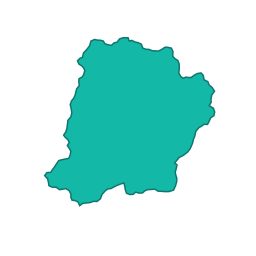 Brás Pires, Minas Gerais, Brazil (Robinson projection), rotated 24°
{"feature_id": "56859067B189546975189", "entity_name": "Brás Pires", "entity_type": "district", "adm_level": 2, "iso_a3": "BRA", "parent_name": "Brazil", "parent_adm1": "Minas Gerais", "projection": "robinson", "projection_center": [-43.23, -20.882], "detail": "fine", "context": "isolated", "style": "filled", "palette": "teal", "viewbox_px": 256, "rotation_deg": 24, "n_neighbors": 0, "source": "geoboundaries", "source_scale": "gbopen_adm2", "svg_char_len": 2101}
<svg xmlns="http://www.w3.org/2000/svg" viewBox="0 0 256 256"><g transform="rotate(24 128 128)"><path d="M115.5,218.6L117.3,215.2L120.3,213.5L123.9,211.4L126.2,209.1L129.6,207.7L131.6,203.9L131.3,199.2L132.8,194.6L134.4,191.8L137.0,190.3L139.0,187.7L141.3,184.9L144.2,182.0L146.6,179.9L149.1,183.0L150.7,185.6L153.2,188.2L156.9,188.0L159.8,186.4L161.0,183.5L164.5,183.0L167.7,181.4L169.0,178.4L171.1,176.3L174.2,174.7L177.4,172.9L181.0,173.5L183.9,172.4L188.4,170.8L191.6,169.2L194.9,166.2L194.9,161.2L194.2,156.9L192.9,153.9L191.1,151.9L189.2,149.4L188.6,145.7L187.8,141.7L184.8,140.9L185.8,137.6L186.7,134.2L189.7,130.4L192.2,125.8L193.2,121.7L193.2,118.6L193.1,115.4L192.4,112.1L192.3,108.2L191.3,103.4L192.6,98.9L194.5,96.3L195.9,93.7L199.2,92.4L199.4,88.7L199.4,84.9L201.5,81.8L200.7,78.1L198.0,75.2L193.1,74.6L193.5,70.8L192.0,67.7L191.1,63.8L192.1,59.2L188.4,56.8L184.6,55.7L182.1,53.2L177.9,53.0L175.3,49.3L172.3,48.0L169.0,50.2L166.8,53.2L165.3,56.0L162.8,57.3L160.1,58.0L158.2,60.1L155.4,59.5L152.1,57.3L150.7,52.9L148.7,48.7L146.0,46.0L142.8,45.6L139.7,44.3L138.0,39.9L135.1,37.4L131.5,38.1L129.0,39.1L126.8,42.6L124.6,45.3L122.2,46.2L119.0,47.5L115.0,47.7L112.4,48.8L109.1,49.0L106.0,46.0L102.5,45.9L99.4,46.6L96.0,46.4L93.6,48.0L91.4,45.5L87.0,47.4L84.0,50.1L83.2,54.0L80.7,55.8L79.3,59.2L75.8,60.1L72.6,60.4L70.0,58.6L67.2,59.0L64.5,60.1L61.5,60.7L58.8,63.7L59.5,68.5L58.3,73.4L56.8,77.6L57.7,82.0L55.6,84.1L54.5,87.2L57.2,89.6L60.5,90.0L63.0,91.1L65.2,93.1L65.7,96.9L65.5,99.9L63.2,102.9L64.2,105.7L66.2,109.0L65.2,113.1L65.7,116.4L66.3,119.4L66.3,122.8L65.4,126.1L65.7,130.1L67.9,133.0L70.4,136.8L71.3,140.9L70.0,145.4L71.2,149.4L72.5,153.7L72.7,157.4L72.1,160.7L74.5,162.1L77.6,163.0L80.2,165.1L79.7,168.7L82.3,170.3L85.2,172.4L86.2,176.3L86.2,179.9L84.0,181.4L81.7,183.0L78.0,185.9L77.3,189.5L76.7,193.4L75.9,197.0L75.5,199.9L72.1,201.7L71.2,205.3L75.3,207.2L77.6,210.3L79.3,212.9L82.8,212.9L86.4,211.3L90.5,212.2L93.5,210.3L95.9,208.6L99.7,209.2L102.7,211.5L104.0,214.6L106.2,216.7L109.4,215.8L112.5,216.0L115.5,218.6Z" fill="#14b8a6" stroke="#0f766e" stroke-width="1.5"/></g></svg>